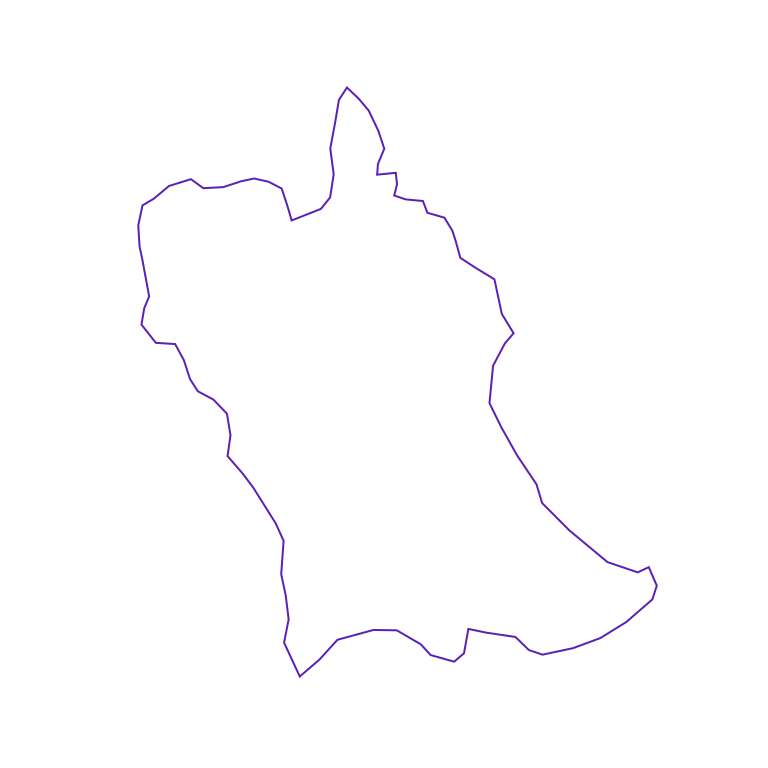 outline of Kalyvakia, Cyprus, rotated 168°
{"feature_id": "46923920B14026353956813", "entity_name": "Kalyvakia", "entity_type": "district", "adm_level": 2, "iso_a3": "CYP", "parent_name": "Cyprus", "parent_adm1": "", "projection": "orthographic", "projection_center": [33.542, 35.261], "detail": "fine", "context": "isolated", "style": "outline", "palette": "violet", "viewbox_px": 768, "rotation_deg": 168, "n_neighbors": 0, "source": "geoboundaries", "source_scale": "gbopen_adm2", "svg_char_len": 1289}
<svg xmlns="http://www.w3.org/2000/svg" viewBox="0 0 768 768"><g transform="rotate(168 384 384)"><path d="M246.7,406.7L254.2,428.1L254.2,446.8L254.2,463.4L270.7,479.0L283.1,491.5L284.1,508.1L285.2,519.5L290.3,534.1L305.9,542.4L307.9,554.9L324.5,560.1L334.8,566.3L329.7,576.7L328.6,588.1L347.2,590.2L344.1,600.6L334.8,614.1L336.9,632.8L342.1,654.6L349.3,668.1L358.6,681.7L369.0,671.3L377.2,650.5L387.6,625.5L389.6,599.6L397.9,577.7L409.3,568.4L440.3,563.2L441.4,577.7L443.4,596.4L454.8,605.8L468.3,612.0L481.7,612.0L500.3,610.0L520.0,613.1L530.3,624.5L553.1,622.4L570.7,613.1L583.1,608.9L591.4,590.2L594.5,569.4L594.5,555.9L595.5,518.5L602.7,508.1L608.9,492.5L598.6,471.7L580.0,466.5L574.8,448.9L572.7,429.1L567.6,415.6L554.1,404.2L543.8,387.6L544.8,365.8L552.0,346.0L540.6,325.3L533.4,309.7L518.9,270.2L514.8,251.5L524.1,219.3L524.1,197.5L526.2,173.6L535.5,151.8L527.2,115.4L504.4,127.9L482.7,143.5L445.5,145.6L422.7,140.4L402.1,121.7L394.8,109.2L373.1,97.8L361.7,104.0L352.4,126.9L335.9,119.6L308.0,109.2L297.6,93.6L285.2,86.3L254.2,86.3L225.2,90.5L196.3,100.9L166.3,117.5L159.1,130.0L163.1,149.8L175.0,147.0L202.4,163.3L233.1,202.2L254.1,234.7L255.7,254.2L268.7,286.6L278.3,317.5L284.8,343.4L273.5,379.2L257.3,398.6L246.7,406.7Z" fill="none" stroke="#5b21b6" stroke-width="2"/></g></svg>